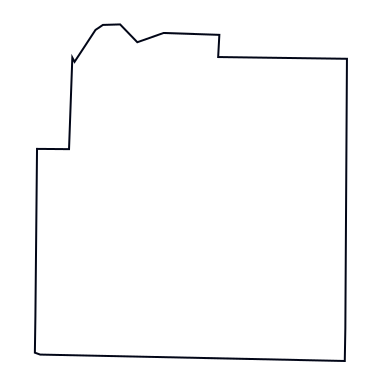 outline of Richland, Illinois, United States of America, rotated 91°
{"feature_id": "52423323B13866918129633", "entity_name": "Richland", "entity_type": "district", "adm_level": 2, "iso_a3": "USA", "parent_name": "United States of America", "parent_adm1": "Illinois", "projection": "albers", "projection_center": [-88.143, 38.71], "detail": "fine", "context": "isolated", "style": "outline", "palette": "ink", "viewbox_px": 384, "rotation_deg": 91, "n_neighbors": 0, "source": "geoboundaries", "source_scale": "gbopen_adm2", "svg_char_len": 367}
<svg xmlns="http://www.w3.org/2000/svg" viewBox="0 0 384 384"><g transform="rotate(91 192 192)"><path d="M358.3,36.3L325.7,36.3L56.1,39.4L56.6,168.2L34.4,167.4L33.5,223.2L43.2,249.3L25.7,266.8L26.5,284.0L31.6,291.3L63.9,311.7L59.7,314.0L151.3,315.7L151.6,347.7L319.4,346.4L355.4,346.3L357.2,341.0L358.3,36.3Z" fill="none" stroke="#020617" stroke-width="2"/></g></svg>